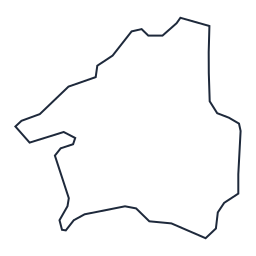 West Lothian, orthographic projection
{"feature_id": "GBR-2025", "entity_name": "West Lothian", "entity_type": "Unitary District", "adm_level": 1, "iso_a3": "GBR", "parent_name": "United Kingdom", "parent_adm1": "", "projection": "orthographic", "projection_center": [-3.588, 55.888], "detail": "fine", "context": "isolated", "style": "outline", "palette": "slate", "viewbox_px": 256, "rotation_deg": 0, "n_neighbors": 0, "source": "natural_earth", "source_scale": "10m", "svg_char_len": 667}
<svg xmlns="http://www.w3.org/2000/svg" viewBox="0 0 256 256"><path d="M180.4,17.8L209.4,26.0L209.4,26.3L209.3,30.1L208.7,52.2L208.8,73.1L209.7,101.3L217.2,113.2L228.9,117.7L239.0,123.6L240.6,131.0L238.3,174.2L238.3,193.6L224.2,202.8L217.8,212.4L215.9,228.5L205.6,238.2L171.4,223.4L149.3,221.3L136.1,208.4L125.0,206.3L84.6,214.3L73.8,220.2L65.8,230.4L62.0,229.8L60.8,225.2L59.5,220.2L67.5,206.2L68.8,198.2L54.9,155.6L60.7,148.3L73.1,144.2L75.2,138.0L63.7,132.0L29.6,142.6L15.4,126.5L21.5,120.8L39.8,114.1L68.5,86.6L95.7,77.1L97.3,65.7L112.6,55.6L131.6,31.4L141.6,29.1L148.3,35.6L162.5,35.6L176.6,23.2L180.4,17.8Z" fill="none" stroke="#1e293b" stroke-width="2"/></svg>